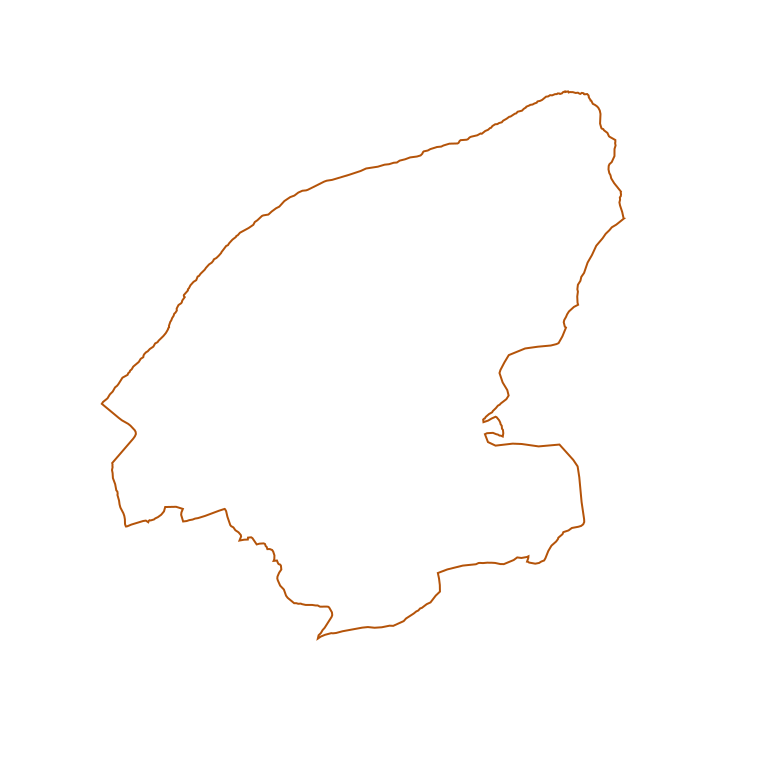 Tsihombe, Androy, Madagascar (Mercator projection), rotated 165°
{"feature_id": "10022922B95964642483948", "entity_name": "Tsihombe", "entity_type": "district", "adm_level": 2, "iso_a3": "MDG", "parent_name": "Madagascar", "parent_adm1": "Androy", "projection": "mercator", "projection_center": [45.465, -25.344], "detail": "fine", "context": "isolated", "style": "outline", "palette": "amber", "viewbox_px": 768, "rotation_deg": 165, "n_neighbors": 0, "source": "geoboundaries", "source_scale": "gbopen_adm2", "svg_char_len": 6161}
<svg xmlns="http://www.w3.org/2000/svg" viewBox="0 0 768 768"><g transform="rotate(165 384 384)"><path d="M97.4,559.8L102.1,564.4L102.6,565.1L103.2,568.7L105.9,572.2L106.2,573.4L107.6,574.4L107.8,574.9L107.9,579.6L105.0,588.8L104.8,592.3L105.5,595.4L106.5,597.2L108.1,599.1L109.8,600.6L110.4,603.7L111.1,604.3L110.9,604.7L111.7,606.8L112.0,608.3L111.7,608.9L111.8,609.9L112.7,611.5L115.3,611.9L115.8,612.2L116.0,613.2L117.6,614.0L119.2,613.4L120.1,613.9L121.3,615.2L123.5,615.5L126.0,617.0L129.0,617.9L130.2,617.8L130.5,619.0L133.2,619.1L133.1,619.7L133.5,619.8L135.7,619.5L136.8,618.7L138.9,618.6L139.6,619.3L141.1,619.7L142.0,619.3L143.9,619.7L146.9,619.3L148.8,620.0L151.0,619.3L153.1,619.6L157.7,617.5L159.8,617.1L162.6,617.2L163.7,616.2L166.3,616.0L168.1,615.5L170.6,615.8L171.1,615.5L174.8,615.0L175.3,614.4L177.8,613.6L180.0,612.3L184.5,612.4L186.2,611.2L187.7,611.2L192.5,609.6L193.9,609.7L196.9,608.5L200.8,607.5L202.5,606.3L205.3,606.3L207.2,605.7L209.4,606.1L212.6,605.1L214.2,603.8L215.3,603.8L217.7,602.6L220.7,602.2L224.8,600.4L225.9,601.0L229.5,600.1L235.9,600.3L237.5,600.0L239.7,598.7L241.0,598.6L246.9,599.7L248.0,599.2L249.6,597.6L250.7,597.3L258.6,599.2L264.9,599.0L267.2,598.5L271.5,599.2L273.3,599.1L278.4,598.9L281.3,598.2L285.4,598.4L286.4,597.8L287.4,596.5L289.5,595.3L293.3,595.2L300.1,596.1L305.5,595.6L311.1,595.7L314.2,594.6L317.3,595.2L322.2,595.0L326.7,595.7L333.7,595.5L345.5,596.8L351.4,595.8L363.6,595.1L381.3,594.6L386.7,595.2L389.3,595.0L407.4,591.3L409.2,591.2L412.8,591.8L417.2,591.1L421.8,589.2L426.2,588.8L432.9,586.5L439.3,582.4L442.7,581.7L447.8,579.7L451.8,577.6L457.0,578.1L458.4,577.9L464.0,574.9L466.9,573.9L469.0,571.6L474.4,569.7L484.0,567.4L486.8,565.5L488.3,565.2L489.1,564.3L493.0,562.7L497.2,560.0L498.8,558.5L500.7,558.2L506.9,553.4L507.4,552.7L510.4,550.7L513.3,549.1L516.2,548.4L516.8,547.4L519.0,545.8L522.0,544.8L525.9,542.3L527.6,540.8L532.6,538.0L534.7,536.3L536.2,536.0L538.5,532.9L541.5,532.0L545.5,529.4L547.6,527.0L548.9,526.2L549.2,525.1L554.2,521.8L554.5,521.2L554.5,520.3L554.0,519.5L557.2,516.9L558.2,515.2L559.0,514.5L562.0,513.5L563.5,511.9L564.8,510.4L565.1,508.6L567.1,506.8L568.4,506.2L569.6,504.3L571.6,502.5L573.1,500.4L574.3,499.4L576.7,495.8L576.9,494.4L578.1,493.6L578.4,492.8L581.4,489.8L584.6,487.5L590.5,484.2L591.9,483.0L594.6,482.4L597.1,479.8L601.2,478.4L603.8,476.7L605.5,476.3L607.7,475.0L608.8,473.9L609.6,472.2L612.5,471.3L615.1,468.8L621.7,465.7L623.9,463.5L625.8,462.6L626.5,461.5L628.3,460.6L629.3,459.2L635.0,457.8L640.5,452.7L642.2,451.4L644.7,450.3L648.0,446.9L651.5,444.9L654.8,441.7L660.0,439.4L661.7,437.9L648.9,419.8L646.5,416.7L641.4,411.7L639.7,409.4L636.7,403.8L636.3,402.0L636.6,399.9L638.1,398.0L640.4,396.1L667.0,378.0L667.1,376.2L667.6,375.1L667.6,374.1L669.0,371.3L669.2,368.2L670.2,363.3L669.6,356.8L670.1,350.6L669.4,349.1L669.7,346.7L670.2,345.9L670.1,340.0L670.6,336.2L670.6,332.9L669.2,326.6L669.0,323.7L669.3,320.4L670.4,315.8L670.3,313.8L670.1,313.1L668.8,313.0L664.4,313.6L652.1,314.0L649.4,313.7L647.5,311.5L646.6,312.7L645.7,313.1L644.7,312.6L641.2,312.7L639.7,313.4L636.9,313.9L633.0,315.4L629.5,317.9L627.2,321.8L616.6,319.2L610.6,315.4L612.9,312.4L613.8,310.1L613.6,303.2L610.0,302.7L607.4,302.9L603.9,302.6L601.3,302.9L598.4,302.6L590.8,302.9L576.2,304.3L570.3,304.6L570.0,304.3L569.4,302.1L569.6,296.3L569.0,287.5L568.4,286.2L566.6,284.5L565.4,281.2L562.9,278.4L561.4,275.2L561.5,273.7L564.1,270.2L559.3,269.8L555.8,269.0L555.1,270.8L552.0,270.3L551.0,269.2L548.5,262.0L545.5,262.0L541.5,261.2L540.4,260.3L540.2,258.0L539.5,257.0L539.4,254.7L537.0,254.1L535.0,252.6L534.4,250.8L534.2,246.8L535.3,243.2L536.4,241.7L533.1,241.2L532.8,238.6L532.4,237.3L531.0,236.4L530.6,235.1L531.2,231.4L534.1,228.9L536.7,225.6L537.4,223.8L537.4,222.0L536.5,216.1L533.9,211.4L533.4,204.9L532.4,202.4L527.5,195.5L525.3,194.9L523.7,193.9L521.2,193.4L520.2,192.6L516.9,190.9L510.6,189.2L507.2,187.7L505.3,187.2L503.6,185.6L502.8,185.3L496.8,183.8L495.3,183.1L494.7,181.9L493.4,176.9L493.8,174.2L494.9,172.6L504.5,163.8L507.0,162.2L509.4,159.8L512.2,158.2L513.8,155.2L510.4,156.4L505.9,157.0L499.4,157.0L497.9,156.4L494.7,155.9L488.0,155.9L468.1,154.3L462.5,153.4L456.2,151.0L449.1,149.6L441.1,149.1L437.7,148.0L426.3,149.9L423.4,151.8L414.7,154.6L411.6,156.0L409.6,156.3L407.1,157.9L405.5,157.9L399.7,160.3L395.6,161.0L388.8,166.2L383.7,169.0L382.1,175.4L381.2,181.9L380.9,187.5L370.8,188.5L354.9,188.2L341.9,186.1L339.0,186.6L337.8,186.4L334.7,185.4L330.6,184.7L326.3,183.5L323.0,182.4L318.1,179.9L314.8,179.0L304.3,180.4L300.2,182.0L296.3,180.4L290.6,179.9L289.1,180.2L289.6,178.7L291.8,175.4L290.9,175.0L290.1,174.0L284.4,171.3L280.5,171.0L278.0,171.8L275.0,172.1L273.2,173.9L268.5,180.2L264.1,184.5L258.5,187.3L256.1,189.2L255.4,190.4L250.5,192.7L249.1,194.5L243.7,194.8L239.8,196.3L233.2,195.8L230.3,195.9L227.9,196.9L226.3,198.9L225.7,201.6L223.7,218.8L219.5,243.4L218.3,254.3L220.8,261.6L230.2,280.1L250.8,283.7L266.5,290.4L275.2,293.1L292.2,295.6L298.6,301.0L299.5,309.4L297.2,309.8L291.4,308.6L288.5,306.4L287.1,305.7L285.8,304.3L284.4,303.8L282.9,302.5L281.5,305.6L281.0,308.9L281.6,310.3L281.1,313.2L281.8,315.1L281.7,316.7L282.2,319.2L283.8,322.7L284.7,323.5L289.0,322.8L292.9,321.7L297.8,321.4L297.4,324.0L296.3,324.6L295.6,324.6L294.2,325.9L290.3,327.8L286.8,328.7L285.9,329.7L282.1,331.8L279.6,333.6L277.5,334.1L276.4,334.9L269.7,337.7L266.6,340.6L266.5,346.2L269.0,354.8L269.6,364.7L267.9,367.4L262.1,373.7L256.0,379.6L238.5,381.8L225.7,380.2L212.9,378.0L207.1,377.9L204.8,378.3L199.4,383.8L193.6,391.4L194.5,392.6L194.4,397.2L193.3,399.2L190.8,401.7L189.1,403.9L186.6,406.2L180.6,409.3L176.0,410.3L176.0,412.5L174.7,418.5L172.8,423.0L172.7,425.5L171.0,429.7L167.6,432.8L165.7,436.4L162.0,439.5L155.9,448.6L149.8,454.7L143.2,462.6L135.1,468.2L131.0,471.7L126.5,474.2L123.4,476.4L118.4,477.8L109.5,481.7L109.7,481.8L109.4,488.5L109.8,495.4L109.6,498.5L108.3,500.8L107.9,503.2L106.7,504.1L105.9,506.0L105.9,507.4L105.3,508.4L109.7,518.4L111.3,523.8L111.2,527.1L111.8,529.5L111.6,533.2L110.5,536.5L109.3,538.0L106.6,539.4L102.4,544.5L100.5,551.4L98.6,554.4L98.4,557.0L97.9,557.8L97.4,559.8Z" fill="none" stroke="#b45309" stroke-width="2"/></g></svg>